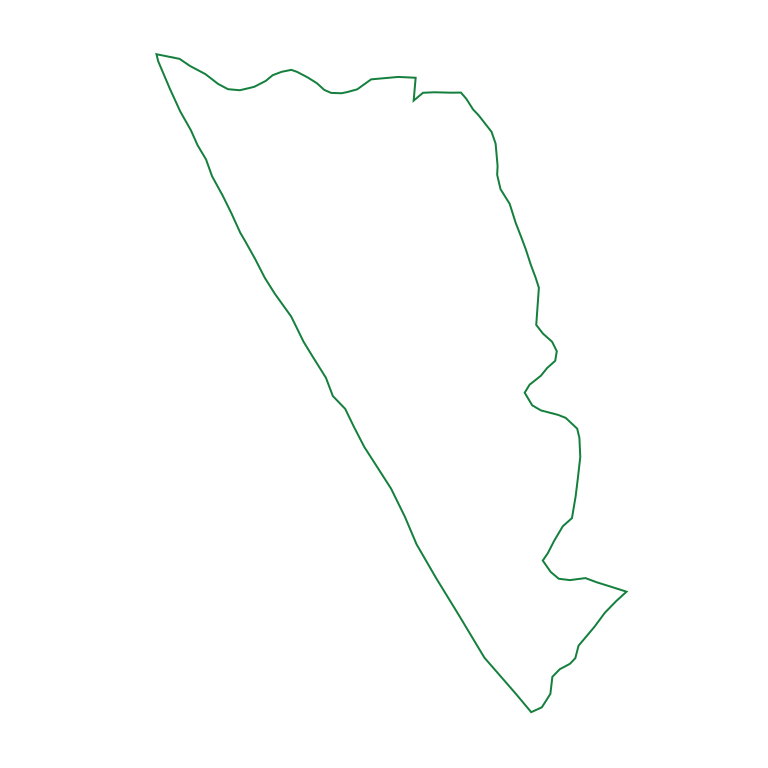 the district of Khachmaz District, Xaçmaz, Azerbaijan, rotated 187°
{"feature_id": "54616110B89497242950609", "entity_name": "Khachmaz District", "entity_type": "district", "adm_level": 2, "iso_a3": "AZE", "parent_name": "Azerbaijan", "parent_adm1": "Xaçmaz", "projection": "mercator", "projection_center": [48.762, 41.595], "detail": "fine", "context": "isolated", "style": "outline", "palette": "green", "viewbox_px": 768, "rotation_deg": 187, "n_neighbors": 0, "source": "geoboundaries", "source_scale": "gbopen_adm2", "svg_char_len": 1578}
<svg xmlns="http://www.w3.org/2000/svg" viewBox="0 0 768 768"><g transform="rotate(187 384 384)"><path d="M649.0,683.5L650.0,683.6L647.5,676.9L632.5,650.9L619.4,629.6L606.5,612.2L598.1,598.2L588.0,585.2L580.0,569.3L567.0,551.2L556.3,534.9L545.1,516.6L539.0,508.6L526.8,491.9L515.3,474.9L503.3,460.2L484.3,439.6L468.9,416.0L458.7,403.2L442.4,383.1L433.3,365.8L419.5,354.6L408.5,337.6L395.8,319.0L364.3,281.1L347.1,254.8L332.1,228.8L308.7,197.8L281.3,163.4L251.0,124.6L215.3,92.5L197.9,76.2L187.9,82.4L181.1,96.7L181.2,113.9L174.8,122.3L165.3,129.0L160.7,135.2L159.0,148.0L145.5,168.7L136.9,183.9L127.1,196.8L118.0,207.4L120.5,207.9L148.6,213.1L160.4,215.9L175.6,212.0L186.8,212.0L195.6,217.7L204.9,228.1L200.8,236.0L196.0,249.1L189.2,264.6L181.1,273.8L180.1,295.8L180.1,314.6L180.3,335.5L183.5,354.4L186.8,363.2L199.5,372.5L207.6,374.6L225.0,376.9L234.3,380.9L243.3,392.5L239.4,401.1L229.3,411.3L224.0,419.8L216.9,427.9L216.5,437.6L222.3,446.4L232.3,453.3L240.1,461.2L242.0,498.4L246.5,508.1L251.4,517.5L252.8,520.2L259.8,535.2L265.7,546.5L273.0,560.1L281.2,578.1L292.1,591.6L297.2,605.5L297.8,614.1L302.5,636.1L308.0,647.4L322.8,662.2L329.1,667.4L336.9,676.9L343.1,682.6L354.1,681.2L369.5,679.7L380.8,677.8L389.1,668.9L389.9,691.8L390.1,691.8L407.4,690.5L433.9,684.8L441.5,677.8L446.5,673.2L456.0,669.3L461.6,667.4L472.0,666.5L479.1,668.6L487.3,674.4L497.4,679.1L508.3,683.2L514.3,684.5L523.6,681.4L532.2,676.9L538.2,670.5L549.1,663.1L562.9,658.0L574.8,657.6L585.2,661.6L599.0,669.8L615.3,676.0L626.5,681.8L649.0,683.5Z" fill="none" stroke="#15803d" stroke-width="2"/></g></svg>